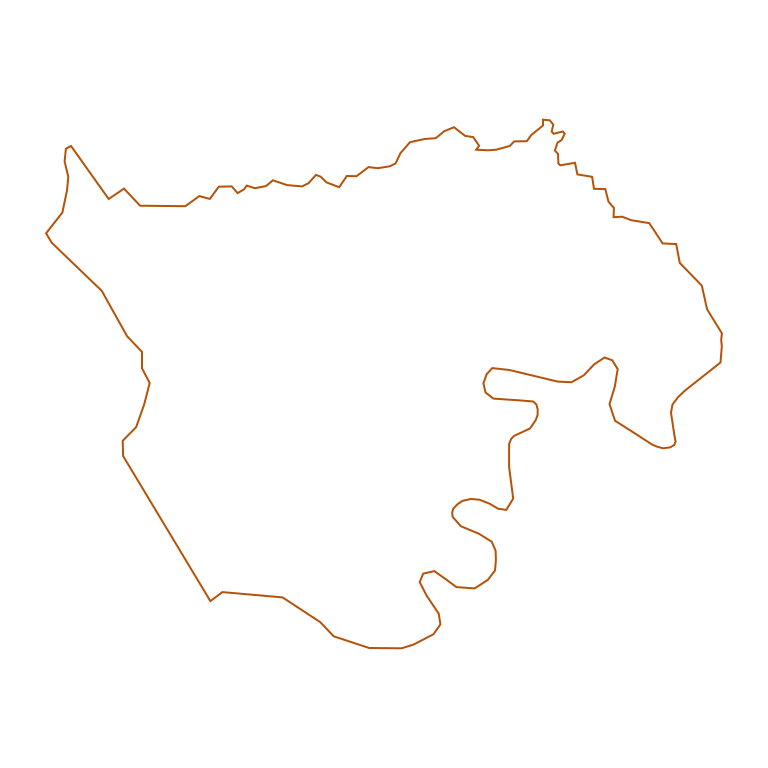 outline of San Gregorio de Polanco, Tacuarembó, Uruguay
{"feature_id": "84410073B83102109001145", "entity_name": "San Gregorio de Polanco", "entity_type": "district", "adm_level": 2, "iso_a3": "URY", "parent_name": "Uruguay", "parent_adm1": "Tacuarembó", "projection": "mercator", "projection_center": [-55.799, -32.506], "detail": "fine", "context": "isolated", "style": "outline", "palette": "amber", "viewbox_px": 768, "rotation_deg": 0, "n_neighbors": 0, "source": "geoboundaries", "source_scale": "gbopen_adm2", "svg_char_len": 2243}
<svg xmlns="http://www.w3.org/2000/svg" viewBox="0 0 768 768"><path d="M721.9,333.3L707.1,309.3L701.8,285.6L679.8,263.0L676.2,244.1L662.6,243.4L653.8,230.0L649.2,223.1L631.2,220.2L622.1,216.7L613.6,217.2L613.9,207.9L608.5,201.7L605.3,189.1L594.0,188.8L592.1,176.8L577.4,174.4L575.0,162.8L560.2,165.3L558.4,163.4L558.0,153.9L554.9,150.5L557.6,142.5L561.6,140.1L564.7,133.7L562.9,131.5L553.6,133.8L551.7,131.5L553.3,124.6L549.8,120.3L542.9,119.7L543.1,125.4L531.3,135.0L526.8,141.2L514.2,141.4L509.7,146.0L496.0,149.7L488.2,150.3L476.2,149.7L479.1,145.7L473.2,137.1L465.2,135.9L459.2,131.3L454.0,127.2L444.3,131.2L435.7,138.2L424.5,139.0L410.0,142.2L400.4,153.2L395.6,163.4L389.7,166.3L377.9,168.2L368.5,167.1L356.5,176.2L346.8,176.0L339.2,187.2L326.5,182.4L320.7,176.7L316.0,174.9L308.5,183.2L302.1,186.4L287.0,185.1L272.9,180.3L266.0,186.1L254.9,188.2L246.7,185.6L244.0,189.4L237.6,193.1L231.7,186.4L218.8,186.7L209.9,198.9L199.3,196.1L185.3,206.2L140.1,205.7L124.0,188.6L108.7,199.0L71.0,146.0L65.9,148.7L64.6,161.5L68.3,177.0L67.0,190.4L62.4,212.5L46.1,233.3L51.7,242.7L101.8,290.9L127.0,336.1L142.0,351.9L142.0,368.3L149.7,383.0L144.1,404.7L136.1,427.2L122.7,440.8L123.1,456.0L210.4,601.1L222.4,592.1L282.6,597.4L320.3,622.2L333.7,636.3L350.6,641.9L369.2,648.0L401.5,648.3L413.7,644.5L433.5,634.2L440.4,624.4L438.8,613.8L426.6,595.6L419.7,582.1L423.2,573.6L434.4,571.1L446.7,579.9L456.4,587.1L474.6,588.4L487.8,579.9L495.0,570.5L495.4,566.2L495.9,560.1L495.6,550.7L491.8,541.8L479.0,533.8L460.8,526.2L452.6,516.8L452.2,512.6L453.2,508.7L457.3,504.4L462.6,500.8L470.8,499.0L479.4,499.7L489.4,503.6L498.1,508.7L506.3,509.9L513.2,498.6L509.1,466.9L509.1,450.8L509.1,444.0L511.1,439.0L514.1,435.9L530.1,428.4L535.8,419.9L537.6,414.9L537.7,409.5L536.4,404.5L533.2,401.5L519.8,400.4L493.4,398.6L485.6,392.6L485.1,390.6L483.4,383.2L486.7,374.1L492.3,368.1L509.4,370.0L557.7,381.6L571.5,382.2L583.8,375.3L594.1,364.4L604.5,357.5L612.3,360.3L617.7,369.1L614.8,386.6L609.5,404.2L615.1,420.8L634.9,433.4L652.0,444.5L656.9,446.6L663.0,448.3L670.4,447.3L674.2,444.9L675.6,441.7L675.2,439.6L674.4,435.3L671.0,412.7L672.5,404.5L678.2,397.0L684.8,390.7L720.5,362.5L721.8,346.5L721.2,339.7L721.9,333.3Z" fill="none" stroke="#b45309" stroke-width="2"/></svg>